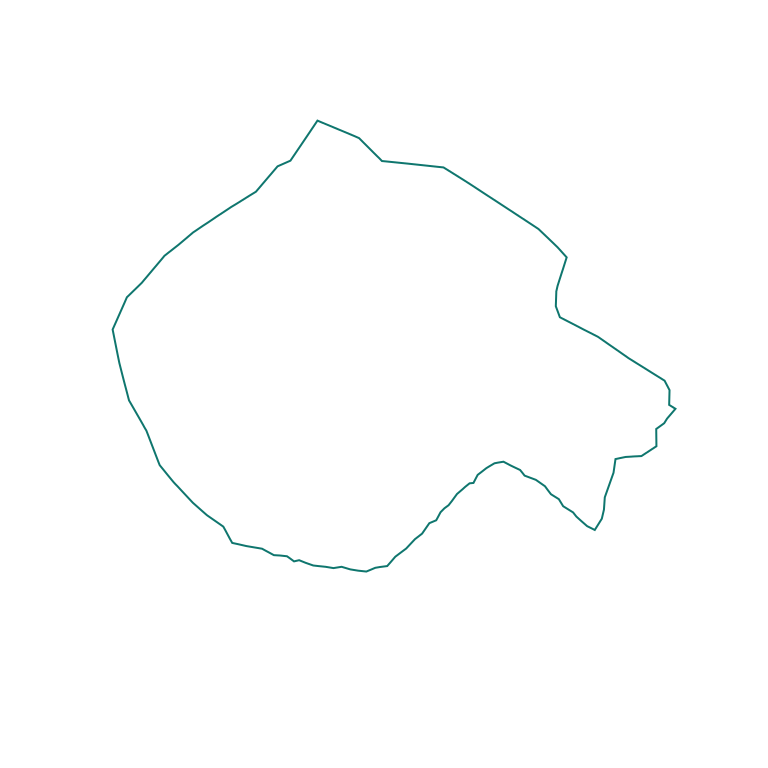 Ar Rashad, South Kordufan, Sudan (orthographic projection), rotated 122°
{"feature_id": "16777658B6695424981162", "entity_name": "Ar Rashad", "entity_type": "district", "adm_level": 2, "iso_a3": "SDN", "parent_name": "Sudan", "parent_adm1": "South Kordufan", "projection": "orthographic", "projection_center": [31.122, 11.808], "detail": "fine", "context": "isolated", "style": "outline", "palette": "teal", "viewbox_px": 768, "rotation_deg": 122, "n_neighbors": 0, "source": "geoboundaries", "source_scale": "gbopen_adm2", "svg_char_len": 2758}
<svg xmlns="http://www.w3.org/2000/svg" viewBox="0 0 768 768"><g transform="rotate(122 384 384)"><path d="M396.1,127.9L394.2,127.9L390.5,127.9L386.2,127.9L382.8,127.9L374.0,130.9L363.1,136.7L338.7,142.1L337.7,142.3L325.0,147.9L321.7,144.5L317.8,140.4L314.4,135.6L313.5,134.4L308.7,127.5L292.4,120.0L277.9,129.3L268.8,125.6L263.3,125.6L254.7,124.3L250.6,123.7L250.6,131.1L237.9,138.6L232.5,147.8L232.5,162.7L232.5,190.5L232.4,191.7L232.0,199.5L231.3,213.9L230.6,227.6L232.0,243.3L233.2,258.5L234.2,270.2L227.0,279.5L214.9,286.5L214.3,286.9L209.1,288.7L208.8,288.8L202.6,290.4L194.3,292.5L191.8,293.1L186.0,294.6L179.8,296.2L176.1,309.2L174.9,314.8L172.7,325.4L170.7,335.1L170.5,342.3L169.7,378.0L169.3,398.5L168.9,416.3L168.8,424.2L168.8,448.3L171.2,453.2L175.9,462.9L184.6,480.8L194.1,500.1L196.0,503.9L195.1,507.4L194.4,510.7L193.2,516.0L189.9,530.3L188.7,535.4L189.4,540.3L192.1,556.8L195.1,574.9L195.9,580.0L214.3,580.6L244.2,581.7L255.8,589.6L269.9,591.7L288.8,594.5L295.8,598.0L310.2,605.0L313.9,606.9L315.1,607.5L317.8,608.7L330.9,614.7L340.2,618.8L346.0,621.5L354.2,625.1L356.6,626.2L368.2,629.9L375.0,632.1L387.1,636.5L390.8,637.8L391.5,638.1L393.9,638.4L398.9,639.1L408.6,640.5L420.6,642.2L423.3,642.6L426.4,643.0L430.1,643.9L437.4,645.7L441.1,646.6L446.7,648.0L452.7,647.1L471.7,644.4L481.6,643.0L500.1,625.6L506.4,619.6L515.5,610.1L521.3,604.0L525.7,599.3L529.1,595.7L531.2,593.5L532.4,592.2L533.0,591.6L534.9,588.0L540.5,577.5L543.6,571.7L546.4,566.5L547.6,564.4L548.6,562.5L549.4,560.9L552.0,557.4L555.4,552.9L564.3,541.1L569.5,534.2L571.7,531.2L573.6,525.6L575.4,520.4L577.7,513.6L578.7,510.6L579.4,508.1L580.2,504.8L582.1,497.8L586.0,483.2L588.1,470.7L588.9,465.8L589.1,464.5L589.2,462.4L589.9,448.3L590.0,446.6L590.1,444.7L592.2,440.9L596.8,432.9L599.2,428.5L597.1,422.7L594.4,414.9L591.1,406.9L589.6,403.3L588.3,400.1L588.1,396.3L587.8,391.8L587.5,386.7L584.5,381.2L581.5,375.0L581.7,371.3L582.1,366.3L578.4,362.6L577.2,355.8L575.4,347.8L572.9,342.6L570.0,336.7L566.9,329.3L561.5,323.1L559.1,314.4L556.0,307.0L552.4,299.6L548.5,296.8L544.5,294.0L541.3,290.4L536.7,284.8L530.5,283.8L524.5,282.9L517.7,280.3L511.8,278.0L506.2,276.9L499.1,275.5L490.7,272.4L484.3,272.1L478.0,271.8L471.9,267.5L467.0,267.8L462.8,268.1L457.4,266.9L452.6,265.0L447.1,264.4L444.1,264.2L438.6,263.8L431.6,261.6L428.4,260.7L422.9,258.8L420.5,255.7L415.6,256.1L411.4,256.4L407.7,255.0L404.7,253.9L401.1,252.6L397.9,251.0L392.7,248.3L390.2,245.6L386.6,241.5L386.3,237.7L386.0,233.5L385.5,228.9L384.8,223.0L386.0,219.5L387.2,216.2L386.3,211.8L384.8,204.4L385.4,193.3L387.0,189.3L389.0,184.0L389.0,179.5L389.0,174.7L392.7,167.3L392.7,162.1L392.7,155.6L394.5,150.6L395.7,143.8L396.9,136.4L396.5,132.4L396.1,127.9Z" fill="none" stroke="#0f766e" stroke-width="2"/></g></svg>